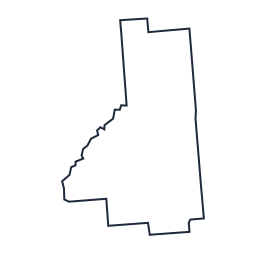 the district of Wilcox, Alabama, United States of America, rotated 266°
{"feature_id": "52423323B73777550823735", "entity_name": "Wilcox", "entity_type": "district", "adm_level": 2, "iso_a3": "USA", "parent_name": "United States of America", "parent_adm1": "Alabama", "projection": "albers", "projection_center": [-87.327, 32.048], "detail": "fine", "context": "isolated", "style": "outline", "palette": "slate", "viewbox_px": 256, "rotation_deg": 266, "n_neighbors": 0, "source": "geoboundaries", "source_scale": "gbopen_adm2", "svg_char_len": 625}
<svg xmlns="http://www.w3.org/2000/svg" viewBox="0 0 256 256"><g transform="rotate(266 128 128)"><path d="M222.9,196.2L222.2,155.0L235.9,154.8L236.1,127.7L222.6,127.9L150.5,128.2L151.1,122.8L146.8,121.1L147.2,116.1L138.4,113.8L132.5,104.8L128.3,104.3L130.7,100.5L127.8,97.0L123.1,97.8L119.9,90.4L113.2,86.2L110.3,81.8L103.8,79.8L100.6,81.2L98.1,73.4L94.4,73.0L92.9,68.6L85.3,66.4L79.5,58.6L72.2,59.9L61.1,59.5L58.6,64.2L58.9,101.4L31.8,101.5L32.0,141.3L19.9,142.3L20.0,145.7L20.1,182.1L29.1,182.0L32.3,183.8L32.5,197.4L64.3,196.8L132.8,196.0L140.9,197.0L222.9,196.2Z" fill="none" stroke="#1e293b" stroke-width="2"/></g></svg>